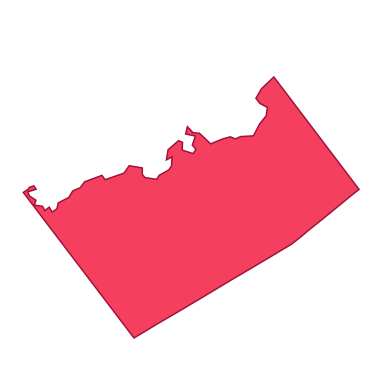 Choctaw, Alabama, United States of America (orthographic projection), rotated 233°
{"feature_id": "52423323B57218396029551", "entity_name": "Choctaw", "entity_type": "district", "adm_level": 2, "iso_a3": "USA", "parent_name": "United States of America", "parent_adm1": "Alabama", "projection": "orthographic", "projection_center": [-88.16, 32.004], "detail": "fine", "context": "isolated", "style": "filled", "palette": "rose", "viewbox_px": 384, "rotation_deg": 233, "n_neighbors": 0, "source": "geoboundaries", "source_scale": "gbopen_adm2", "svg_char_len": 1050}
<svg xmlns="http://www.w3.org/2000/svg" viewBox="0 0 384 384"><g transform="rotate(233 192 192)"><path d="M93.5,327.0L234.6,326.6L232.7,309.7L228.4,299.5L221.9,299.5L214.2,303.1L208.2,297.1L205.7,287.1L199.9,274.8L207.0,264.2L208.3,258.6L213.0,255.8L215.8,248.9L219.2,235.9L234.4,233.3L238.8,228.5L246.9,227.7L242.2,221.8L234.6,228.4L229.3,220.5L223.7,220.8L222.1,215.9L231.4,209.4L237.3,214.3L241.1,212.2L240.1,198.3L233.1,190.9L232.0,197.1L225.1,191.3L223.6,186.6L225.1,175.8L223.3,171.5L231.7,163.2L235.8,162.8L241.1,166.8L250.8,157.7L248.0,149.1L254.1,130.0L259.5,130.1L264.8,112.3L262.7,105.4L264.6,97.3L261.8,90.4L263.8,78.6L259.9,74.1L260.2,68.2L265.8,68.9L265.8,63.2L270.6,64.0L276.4,58.2L279.3,62.4L286.6,59.8L290.9,60.9L288.0,69.2L292.1,69.4L293.6,64.9L292.8,62.8L293.2,57.0L110.3,57.8L107.7,83.6L106.5,93.5L103.7,117.7L103.7,118.0L102.0,133.5L98.1,170.5L97.5,176.0L97.4,176.3L92.2,223.3L92.1,224.6L90.4,240.6L90.6,248.9L91.1,259.4L91.2,259.6L92.0,286.1L93.3,316.3L93.5,327.0Z" fill="#f43f5e" stroke="#9f1239" stroke-width="1.5"/></g></svg>